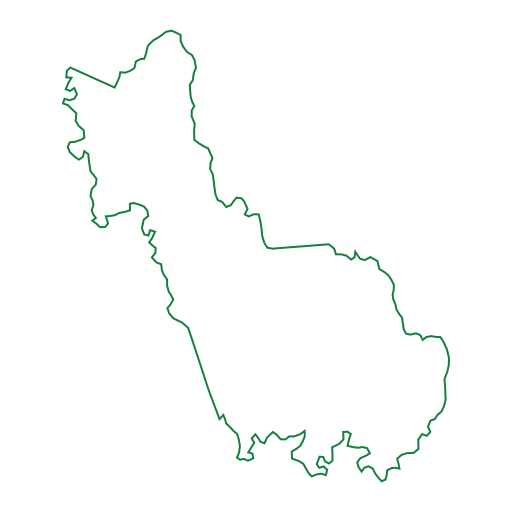 Videira, Santa Catarina, Brazil
{"feature_id": "56859067B98115345951737", "entity_name": "Videira", "entity_type": "district", "adm_level": 2, "iso_a3": "BRA", "parent_name": "Brazil", "parent_adm1": "Santa Catarina", "projection": "equal_earth", "projection_center": [-51.136, -26.989], "detail": "fine", "context": "isolated", "style": "outline", "palette": "green", "viewbox_px": 512, "rotation_deg": 0, "n_neighbors": 0, "source": "geoboundaries", "source_scale": "gbopen_adm2", "svg_char_len": 3689}
<svg xmlns="http://www.w3.org/2000/svg" viewBox="0 0 512 512"><path d="M69.8,152.2L75.1,157.0L78.9,159.6L82.8,157.0L84.3,151.2L88.3,154.2L89.0,161.6L90.5,171.2L93.9,175.4L96.6,179.1L95.7,184.7L91.8,189.0L90.5,196.0L92.7,200.7L93.4,205.3L91.7,210.3L93.4,214.7L95.9,217.9L92.4,220.6L96.7,223.9L100.1,227.3L105.3,226.9L108.1,223.4L105.8,216.4L110.9,215.9L114.9,215.2L119.4,212.9L124.9,211.9L130.0,210.3L129.9,203.8L133.8,203.0L138.8,204.5L143.9,206.5L147.2,210.3L148.3,215.9L143.7,219.7L141.9,228.4L144.3,234.5L148.3,235.5L150.2,230.2L155.1,231.7L152.0,238.3L149.2,242.4L152.1,245.1L155.7,248.0L155.4,252.8L151.9,257.4L156.5,262.5L161.2,264.2L161.8,269.8L163.7,274.6L167.1,279.5L167.1,285.6L168.7,291.6L171.1,295.2L173.2,299.6L170.2,304.9L167.4,308.1L169.1,313.2L173.4,318.4L182.2,322.6L188.2,328.0L193.9,345.0L208.7,390.2L219.5,419.1L223.3,415.0L225.0,419.1L226.2,423.4L229.6,426.7L233.8,431.2L237.2,434.1L238.8,439.3L239.9,446.0L239.1,452.6L236.9,457.6L240.0,459.7L243.9,458.9L247.9,460.7L253.2,458.4L252.5,453.6L248.3,452.4L251.2,447.6L254.3,442.7L251.7,438.4L255.3,434.3L258.5,438.4L260.6,441.9L264.4,443.2L267.2,437.4L272.9,432.0L276.7,434.8L280.7,439.3L285.5,439.4L289.2,436.4L294.2,436.4L300.0,434.3L304.6,431.0L304.8,436.1L302.7,441.6L300.3,445.8L296.4,448.8L291.7,451.6L292.1,458.6L298.8,461.0L303.3,463.8L306.0,468.6L308.8,473.4L311.8,476.4L316.2,474.5L321.5,473.7L325.8,475.1L327.2,469.8L323.6,466.5L319.2,467.8L316.8,464.1L319.6,456.7L323.3,457.0L324.9,461.2L328.9,463.5L332.5,460.7L332.4,452.8L332.1,447.3L339.5,443.7L343.5,439.3L343.2,432.0L347.5,431.7L350.8,434.0L349.2,438.9L347.5,445.8L353.0,447.1L358.2,447.8L362.5,447.0L367.1,448.2L369.9,453.3L365.4,456.0L360.4,458.1L357.2,462.5L358.7,467.3L361.6,471.6L364.6,467.6L368.6,466.3L372.7,468.5L375.3,473.7L378.8,478.2L381.7,481.3L385.5,479.5L386.7,475.0L387.2,470.3L391.8,468.0L395.5,467.8L399.4,468.6L398.6,464.0L397.2,458.7L401.5,454.9L407.3,453.1L413.7,452.9L418.5,448.8L418.2,439.8L422.0,434.1L426.9,435.8L430.3,431.8L428.0,426.7L430.5,420.6L434.8,419.1L437.4,415.0L441.5,411.5L443.9,406.4L445.6,399.8L445.4,393.9L445.1,386.8L444.5,379.0L447.4,371.4L448.8,365.0L449.0,357.9L446.9,349.3L443.5,341.9L440.4,337.1L435.6,336.9L431.3,336.1L426.2,337.1L422.7,339.9L420.3,335.1L415.9,333.3L410.4,334.6L406.0,333.6L403.8,329.4L402.8,322.8L402.1,317.8L399.2,314.0L396.6,309.9L395.4,304.3L393.2,299.1L392.6,294.4L393.7,290.1L393.9,285.0L391.5,280.0L388.6,275.6L384.9,272.4L379.3,269.0L377.4,261.0L370.4,257.1L364.7,260.1L359.9,258.6L355.3,251.8L354.6,257.1L351.2,259.6L346.2,255.6L341.1,254.3L336.0,254.3L334.1,248.5L328.8,244.3L277.9,248.2L272.8,248.7L267.4,247.7L264.4,243.1L262.2,236.0L261.6,229.4L260.4,221.1L258.7,214.4L254.3,214.2L248.6,216.4L244.8,214.5L247.5,208.8L244.3,201.7L241.6,198.4L236.5,197.6L233.4,201.5L230.9,205.1L226.3,207.0L222.0,201.8L217.7,200.0L215.5,194.6L214.4,187.0L213.5,179.6L212.7,174.1L210.1,168.9L210.6,162.9L212.5,158.2L210.1,152.9L208.1,148.3L204.5,146.7L198.8,143.3L194.3,139.7L194.1,131.1L194.7,123.7L191.6,116.2L191.8,110.3L194.3,106.0L192.1,101.6L190.8,97.3L190.1,90.4L189.9,84.6L192.7,80.5L193.8,72.9L196.0,67.9L194.5,59.9L191.8,54.9L187.2,52.1L183.0,46.6L180.6,40.9L180.7,35.1L175.8,32.5L171.5,30.7L166.0,31.8L161.5,35.3L157.5,38.0L153.2,40.4L147.9,45.7L146.0,53.6L144.3,58.7L140.5,59.1L135.9,61.5L134.4,68.1L130.0,70.9L125.1,72.7L120.3,72.2L119.4,77.0L117.3,82.0L114.6,87.5L70.4,67.6L66.9,70.6L66.3,77.3L71.5,77.8L68.5,82.6L65.7,89.2L70.0,90.9L74.3,88.1L77.0,94.3L74.4,98.6L69.6,100.3L64.5,98.8L63.0,103.4L68.1,105.2L71.7,109.0L76.3,113.3L75.7,120.9L78.6,125.8L83.7,130.3L84.3,137.9L81.0,139.7L75.3,141.7L69.8,142.3L67.7,146.9L69.8,152.2Z" fill="none" stroke="#15803d" stroke-width="2"/></svg>